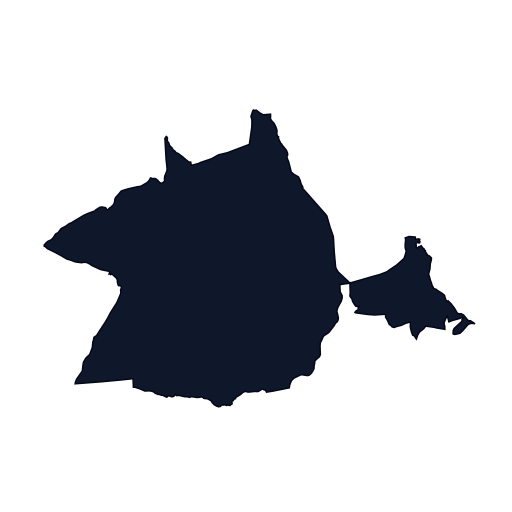 the district of Olcea, Bihor, Romania, rotated 353°
{"feature_id": "2599482B34496276641764", "entity_name": "Olcea", "entity_type": "district", "adm_level": 2, "iso_a3": "ROU", "parent_name": "Romania", "parent_adm1": "Bihor", "projection": "mercator", "projection_center": [21.974, 46.668], "detail": "fine", "context": "isolated", "style": "filled", "palette": "ink", "viewbox_px": 512, "rotation_deg": 353, "n_neighbors": 0, "source": "geoboundaries", "source_scale": "gbopen_adm2", "svg_char_len": 6115}
<svg xmlns="http://www.w3.org/2000/svg" viewBox="0 0 512 512"><g transform="rotate(353 256 256)"><path d="M465.1,349.9L460.9,346.3L459.9,346.3L458.7,345.9L454.8,339.8L452.4,338.2L450.2,338.1L449.2,337.4L448.6,336.7L446.5,331.7L443.6,326.9L441.1,323.8L440.0,324.4L439.4,323.4L438.8,321.4L438.3,317.9L435.9,315.5L431.2,311.7L431.1,311.2L428.4,310.0L427.9,308.1L427.3,306.9L427.0,305.7L426.9,304.3L426.2,301.6L425.6,297.5L425.1,295.3L425.2,294.7L425.6,293.8L426.8,290.7L427.2,289.4L428.0,285.1L429.5,281.4L429.9,279.5L429.7,279.0L428.0,277.0L426.7,276.4L424.6,272.4L424.8,271.6L424.7,271.3L424.0,271.2L423.9,270.8L424.0,270.6L423.5,269.1L422.9,268.9L421.2,265.9L419.7,266.6L418.7,266.6L416.6,268.0L416.0,266.6L416.4,264.8L415.9,263.1L418.3,262.2L419.4,263.0L420.0,262.9L420.5,261.7L420.0,260.9L420.6,259.3L419.3,258.8L416.4,258.9L416.4,256.6L411.0,255.4L409.9,255.4L406.3,256.2L406.4,256.9L406.5,258.1L405.6,262.0L405.1,265.3L405.2,267.1L405.7,269.4L404.0,273.6L402.7,276.3L402.3,276.7L394.5,282.1L387.4,285.7L384.0,287.6L376.4,289.5L371.3,290.2L347.0,294.1L345.7,293.7L345.2,293.8L344.7,292.7L335.9,282.2L334.9,280.3L333.9,277.8L333.7,276.1L334.2,260.7L335.0,248.9L335.1,246.3L334.9,244.9L333.1,236.7L331.2,224.9L329.9,222.7L310.0,193.7L310.9,193.3L309.6,190.1L309.0,186.2L307.8,182.7L303.3,179.3L301.2,176.8L299.9,166.4L299.0,163.4L298.8,161.7L299.1,160.3L299.8,159.6L299.8,157.6L299.1,154.8L295.3,148.7L295.1,148.0L294.3,147.1L293.2,144.0L292.5,141.3L292.9,140.9L293.0,140.6L292.9,140.4L292.1,140.0L291.6,137.8L291.6,136.8L292.1,134.5L291.9,132.3L291.3,129.8L290.1,126.5L288.3,124.1L287.5,122.6L287.1,121.4L287.6,118.5L287.7,117.0L280.5,116.7L279.7,116.3L277.2,114.4L274.0,111.2L272.4,111.5L272.0,111.3L271.8,110.9L271.2,110.8L270.5,111.5L268.0,116.8L268.5,120.0L268.2,123.2L267.5,127.7L263.0,144.4L240.1,150.0L231.2,151.0L223.5,154.1L211.8,156.5L211.1,157.0L202.9,158.2L202.6,154.8L200.9,154.6L198.2,151.9L195.4,148.7L191.1,144.6L189.4,143.9L188.2,141.9L186.7,140.6L185.6,138.0L184.7,137.2L183.9,136.0L183.4,134.3L183.3,133.4L182.1,131.1L182.1,130.3L182.5,127.9L181.8,126.5L181.5,126.4L179.9,128.2L178.5,150.0L178.5,155.4L178.3,159.1L178.0,160.3L177.7,161.0L175.2,165.5L174.5,168.3L174.4,170.6L174.0,170.9L172.8,171.5L171.8,172.3L170.3,172.0L169.4,171.3L168.3,170.0L167.6,168.7L167.1,168.6L166.8,168.0L165.9,167.1L164.3,166.6L162.5,166.7L162.4,166.6L162.2,166.2L161.9,166.0L160.7,165.7L159.9,167.0L158.8,168.3L157.0,169.8L150.3,172.7L146.6,172.8L137.5,173.7L132.2,174.6L130.0,175.2L126.4,178.6L123.7,180.9L122.7,182.8L122.2,185.2L121.0,187.4L117.8,190.0L116.5,190.5L114.0,192.5L112.6,189.7L109.0,188.5L107.0,188.6L102.3,190.8L102.3,191.3L101.2,191.7L94.6,193.2L90.1,194.6L81.0,198.6L76.9,200.5L74.6,201.1L70.8,203.2L66.4,204.8L65.9,205.1L62.3,208.8L60.4,209.4L59.6,209.9L57.3,212.8L55.5,214.4L54.5,215.0L51.4,216.0L49.3,217.3L48.6,218.1L47.2,219.1L46.9,220.4L47.9,221.0L49.9,223.3L56.8,227.8L62.9,232.1L67.6,235.8L72.4,237.9L75.0,239.4L76.4,240.0L81.9,241.4L84.7,241.3L87.1,241.8L89.7,243.5L92.0,245.5L99.4,250.1L101.1,250.9L108.3,253.3L108.7,254.7L108.2,255.4L108.0,256.1L108.8,255.9L109.6,256.8L110.5,256.2L111.6,257.2L114.5,260.6L115.2,262.0L115.4,263.0L115.4,263.9L115.2,265.2L115.4,266.0L115.5,267.4L115.7,268.3L116.2,268.8L117.5,268.9L118.1,269.2L118.3,269.5L118.6,271.2L117.7,272.6L117.5,273.3L117.4,275.6L117.2,276.7L112.2,285.3L104.6,294.6L101.0,299.8L98.3,303.3L90.6,312.4L89.6,313.7L88.0,315.6L85.3,316.9L84.1,320.6L83.5,321.4L83.4,322.5L82.3,327.1L79.3,332.8L78.9,333.5L75.5,335.9L74.4,337.0L72.2,339.8L71.5,341.2L70.2,346.2L69.7,348.7L69.4,349.2L62.9,356.4L62.2,357.7L61.2,359.7L60.9,360.8L87.2,362.0L107.3,362.6L119.0,362.8L118.3,371.3L119.4,371.3L124.4,373.6L129.3,376.5L132.8,376.7L134.7,377.1L136.3,377.6L138.6,379.0L139.0,379.9L141.1,380.9L141.8,381.5L142.6,381.5L143.5,381.8L145.1,382.7L146.1,382.7L150.0,385.2L150.9,385.0L151.1,384.5L152.0,384.2L154.0,384.6L154.3,385.1L154.6,385.3L156.3,385.5L157.4,385.2L158.1,384.6L158.6,383.6L159.0,383.7L160.2,384.9L161.0,385.0L162.4,384.9L167.8,386.9L170.8,387.4L172.8,388.2L174.4,387.7L177.7,388.5L179.4,389.1L181.5,389.4L184.4,389.2L185.4,389.5L186.3,390.1L186.7,390.8L187.8,391.2L190.4,391.8L192.3,393.1L193.8,394.3L194.7,396.3L196.5,398.6L198.7,400.3L199.7,400.6L200.6,401.2L201.0,401.0L202.5,400.9L203.1,400.0L205.0,399.8L205.6,400.0L206.9,399.6L207.2,400.2L208.0,400.4L208.7,400.8L209.3,400.4L212.0,401.2L212.5,400.7L214.3,399.8L214.3,397.6L215.2,396.9L215.7,396.8L216.8,395.4L218.3,395.1L218.6,393.9L223.4,391.8L226.6,389.7L228.2,389.2L229.3,389.2L231.2,390.0L232.5,390.2L238.6,390.3L241.0,390.8L242.3,390.5L246.3,388.6L247.2,389.6L248.1,389.9L249.2,390.7L249.8,392.4L256.1,392.2L273.0,390.9L273.7,388.2L275.6,384.7L276.8,383.3L278.9,381.8L285.9,379.4L287.3,379.5L292.6,381.0L294.4,380.7L296.9,378.9L299.8,375.0L300.4,371.7L301.0,370.2L301.4,368.4L301.3,367.9L302.0,367.1L303.7,365.7L306.6,363.8L307.2,362.9L307.9,361.5L308.6,352.9L309.4,349.7L310.5,348.2L312.8,344.4L313.6,343.5L318.1,341.3L319.4,340.4L325.0,334.7L326.7,332.4L328.7,331.1L329.3,330.2L330.0,328.6L330.2,327.2L329.8,322.9L329.5,321.1L329.8,319.8L330.4,318.2L331.5,316.2L335.1,311.3L336.4,308.2L336.7,305.9L335.2,301.8L335.7,294.7L339.2,294.5L345.9,294.5L345.0,304.1L344.4,306.8L344.4,307.5L346.1,310.5L346.2,312.2L346.5,313.2L347.7,315.9L348.9,318.0L351.0,318.6L352.3,318.4L351.9,319.3L351.1,319.8L351.0,321.3L350.6,321.8L348.5,322.8L347.3,324.0L347.8,324.5L360.0,327.7L366.5,329.0L377.4,329.6L377.2,332.7L378.3,334.9L380.0,340.3L381.5,341.5L382.5,343.0L384.5,343.8L386.6,343.2L391.9,342.5L396.1,341.1L399.7,340.5L401.0,340.8L401.0,342.2L400.5,344.8L400.7,347.6L401.1,350.6L401.8,353.6L403.5,354.7L404.2,356.4L405.1,358.0L406.8,354.3L408.9,351.5L413.6,348.6L415.9,346.3L423.4,348.3L427.1,349.6L434.5,351.8L434.8,348.4L434.5,347.3L434.5,345.3L436.4,341.8L437.9,339.5L438.7,339.1L439.4,344.9L442.9,344.0L450.7,342.8L453.4,342.0L453.9,342.4L453.9,342.9L452.6,344.4L452.7,345.7L443.9,352.0L443.2,353.0L442.6,354.2L442.1,357.3L443.7,358.1L447.1,357.8L449.1,357.5L452.0,355.4L457.8,350.1L459.4,349.4L461.7,349.1L465.1,349.9Z" fill="#0f172a" stroke="#020617" stroke-width="1.5"/></g></svg>